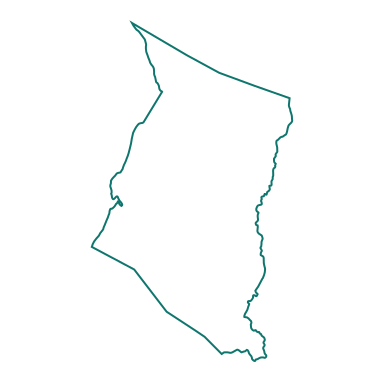 the district of Guarizama, Olancho, Honduras
{"feature_id": "27666195B32639013731604", "entity_name": "Guarizama", "entity_type": "district", "adm_level": 2, "iso_a3": "HND", "parent_name": "Honduras", "parent_adm1": "Olancho", "projection": "equal_earth", "projection_center": [-86.275, 14.906], "detail": "fine", "context": "isolated", "style": "outline", "palette": "teal", "viewbox_px": 384, "rotation_deg": 0, "n_neighbors": 0, "source": "geoboundaries", "source_scale": "gbopen_adm2", "svg_char_len": 6031}
<svg xmlns="http://www.w3.org/2000/svg" viewBox="0 0 384 384"><path d="M132.0,23.0L133.5,25.7L135.6,28.6L136.6,29.8L138.1,30.8L139.2,31.9L143.2,37.3L144.4,38.9L144.9,39.7L145.6,42.3L146.1,44.4L146.1,45.2L145.9,46.7L145.9,48.5L146.1,50.3L146.3,51.9L146.8,53.3L147.6,55.4L148.3,57.6L149.5,60.5L150.0,62.2L150.4,63.1L151.4,64.7L152.3,65.7L152.8,66.4L153.3,67.2L153.6,67.9L153.9,69.0L154.0,70.4L154.1,71.8L154.1,73.6L154.2,74.6L154.6,75.9L155.1,76.9L156.1,81.8L156.5,82.5L157.1,82.8L157.4,83.0L158.0,84.0L158.6,85.2L158.8,85.6L159.4,88.9L159.8,89.7L160.5,90.6L161.0,91.0L161.7,91.3L162.1,91.8L143.7,122.0L143.1,122.6L142.5,122.9L140.2,123.3L139.3,123.6L138.8,123.9L138.2,124.4L137.4,125.4L136.5,126.6L136.0,127.3L134.6,129.8L133.1,132.9L131.8,138.7L131.4,141.2L131.0,143.6L129.6,149.4L128.5,153.6L127.7,156.0L126.7,158.5L125.9,160.8L124.7,163.5L124.0,164.8L123.0,167.6L122.5,169.3L121.8,170.2L120.8,171.9L120.4,172.4L119.7,172.6L118.6,172.8L118.1,172.9L117.1,173.3L116.6,173.7L115.1,175.7L113.8,177.0L112.2,178.8L111.5,179.9L111.0,180.7L110.9,183.3L110.4,185.0L110.3,185.7L110.3,186.2L110.5,187.1L111.5,190.2L111.6,191.6L111.6,192.7L111.5,193.1L111.2,193.5L111.2,193.8L111.3,194.1L111.7,195.1L112.0,197.3L112.4,198.3L112.7,198.8L113.0,199.1L113.3,199.2L113.7,199.1L114.5,198.6L115.7,197.2L116.5,196.5L116.9,196.4L117.4,196.5L117.6,196.8L117.9,197.2L118.3,198.4L119.6,200.8L120.7,202.0L121.8,203.5L122.2,204.5L122.2,204.9L122.1,205.3L121.8,205.6L121.4,205.9L120.3,205.1L119.3,203.9L118.9,202.8L118.5,202.0L118.2,201.6L117.9,201.5L116.9,203.4L116.2,203.8L114.7,206.2L113.9,207.1L112.9,208.0L112.1,208.6L111.6,208.8L111.2,208.7L110.8,208.8L110.5,208.9L110.3,209.1L110.0,209.8L109.6,211.0L109.4,212.9L109.2,213.9L108.7,214.9L107.8,217.6L106.8,219.8L104.6,225.3L103.7,227.3L103.5,228.0L103.3,228.9L103.2,229.2L102.7,230.0L100.2,233.2L98.9,235.7L96.3,238.6L94.1,241.5L93.7,242.3L92.8,244.0L92.5,244.8L92.1,246.1L91.8,246.9L134.2,269.5L166.6,311.7L195.6,330.7L204.6,336.8L221.7,354.0L222.5,353.5L223.6,352.6L224.6,352.3L227.4,352.3L230.1,352.8L230.8,352.8L231.3,352.7L232.2,352.4L233.5,351.7L236.9,349.8L237.2,349.7L237.8,349.8L238.5,350.1L239.1,350.5L241.1,352.1L241.4,352.3L242.3,352.1L243.6,351.6L244.6,351.4L245.1,351.3L245.6,350.9L246.8,349.9L247.4,350.1L247.9,350.5L248.5,351.6L248.9,353.0L249.2,353.6L250.2,354.9L251.4,356.3L251.8,357.4L252.0,358.7L252.3,359.3L253.5,360.5L254.4,360.9L254.8,361.0L255.2,360.8L255.4,360.5L255.6,359.8L255.9,359.5L256.4,359.4L257.6,359.1L259.3,358.1L260.7,357.5L261.8,357.4L263.1,357.4L264.5,357.8L265.1,357.7L265.5,357.5L265.9,357.1L266.2,356.6L266.3,356.1L266.3,355.6L266.0,355.0L265.8,354.8L265.3,354.3L264.8,353.6L264.5,352.7L264.3,351.5L264.0,350.4L263.8,349.9L263.4,349.1L263.2,348.4L263.2,347.9L263.4,347.3L263.8,346.6L264.4,345.9L264.6,345.2L264.6,344.8L264.4,344.3L264.1,343.8L263.6,343.1L263.5,342.5L263.6,342.1L264.0,341.4L264.5,340.8L264.7,340.3L264.8,339.8L264.7,339.3L264.4,338.1L263.8,337.3L261.7,335.7L261.5,335.4L261.3,334.7L260.9,334.0L260.3,333.7L259.7,333.4L259.3,332.3L259.1,332.1L258.9,332.0L258.0,332.1L257.1,331.8L256.2,331.0L255.9,330.4L255.7,330.2L255.2,330.2L254.1,330.6L253.6,330.6L252.9,330.2L252.1,329.5L251.7,328.9L251.3,328.3L251.1,327.6L251.0,326.6L250.8,324.5L251.3,323.1L251.4,322.7L251.3,321.9L250.9,320.9L250.0,320.1L248.7,318.6L247.0,317.4L244.4,317.0L244.3,316.6L244.3,316.0L245.0,313.9L246.2,311.9L247.4,309.7L248.2,306.9L249.1,304.5L249.2,304.0L249.1,303.9L247.9,302.5L247.9,302.0L248.0,301.5L248.3,301.2L248.6,301.1L249.3,301.0L250.0,301.1L250.6,300.9L251.0,300.6L252.3,299.0L253.0,297.7L253.1,295.8L253.2,295.5L253.3,295.4L253.8,295.2L254.1,295.4L254.7,295.3L254.9,295.4L255.8,296.1L256.2,296.2L256.5,296.1L256.8,295.8L257.5,294.6L257.6,294.3L257.5,293.9L256.2,292.7L255.8,292.1L255.5,291.3L255.4,290.6L258.3,286.4L262.2,279.0L262.9,278.0L264.1,274.9L264.8,272.2L265.0,270.2L265.1,269.1L265.0,268.3L264.2,265.2L263.8,263.0L263.7,258.3L263.6,257.5L263.3,256.8L263.0,256.4L260.8,255.1L260.7,254.9L260.7,253.9L260.9,252.9L261.2,252.0L261.7,251.2L261.8,250.6L261.6,250.1L260.6,248.4L260.5,248.1L260.5,247.7L260.7,247.1L261.1,246.7L261.2,246.4L261.5,244.0L261.5,242.5L261.6,241.6L261.8,241.0L262.5,239.3L262.6,238.7L262.6,238.3L262.2,236.8L261.7,235.5L259.0,233.7L258.2,232.9L257.7,232.1L257.5,231.5L257.4,230.8L257.8,226.8L257.7,225.8L257.5,225.3L256.8,225.2L256.2,224.9L255.9,224.3L255.7,223.6L255.7,223.1L255.8,222.8L256.3,222.2L257.5,221.1L257.7,220.7L257.9,220.3L258.0,219.9L258.0,219.2L257.7,216.8L257.7,215.3L257.9,214.2L258.1,213.7L258.4,213.2L258.5,212.9L258.4,212.5L258.3,212.3L257.4,211.8L256.6,210.8L256.4,210.4L256.3,209.9L256.3,208.8L256.5,208.2L256.8,207.3L257.4,206.2L257.9,205.6L258.5,205.3L261.3,204.6L261.6,204.3L261.8,203.8L261.7,203.0L261.5,202.0L261.1,201.3L261.1,200.9L261.2,200.1L261.6,199.6L261.7,199.2L261.7,198.7L261.4,197.8L261.4,197.4L261.5,197.1L261.7,196.8L262.0,196.6L263.8,196.2L264.7,194.0L265.0,194.0L265.4,194.1L266.1,194.7L266.3,194.7L266.5,194.6L266.7,194.1L267.2,192.1L269.0,190.7L269.5,190.0L269.8,189.4L269.8,189.1L269.4,186.6L269.4,185.9L269.6,185.8L271.0,185.6L271.3,185.4L271.5,185.0L271.6,184.3L271.5,182.5L271.5,181.3L271.7,180.8L272.6,179.3L272.7,178.6L272.7,177.1L272.8,176.7L273.1,176.1L273.2,175.8L273.2,173.5L273.1,170.7L273.2,169.9L273.4,169.1L273.7,168.5L274.1,168.1L274.8,167.6L275.2,167.0L275.3,166.4L275.1,165.8L275.1,165.5L275.5,164.6L275.7,163.7L274.6,162.7L274.3,162.1L274.1,161.4L274.0,160.3L274.0,158.7L275.7,156.3L275.8,155.9L275.6,155.1L275.6,154.4L276.0,153.6L277.0,152.3L277.3,151.7L277.2,147.5L276.4,144.0L276.3,143.3L276.3,141.9L276.5,141.1L276.6,140.8L276.9,140.5L278.0,139.8L280.5,137.3L281.7,136.8L282.6,136.7L285.0,135.0L285.8,134.6L286.1,134.3L286.5,133.4L287.1,131.4L287.7,128.2L288.2,126.6L288.5,125.6L289.1,124.8L291.2,122.7L291.8,121.9L292.1,121.2L292.2,120.6L292.0,119.0L291.9,116.6L291.8,115.7L291.2,113.5L290.4,111.1L290.1,109.1L289.3,107.2L288.9,105.7L288.9,105.0L289.0,103.9L289.6,98.2L254.2,85.7L219.2,72.8L187.0,55.3L132.0,23.0Z" fill="none" stroke="#0f766e" stroke-width="2"/></svg>